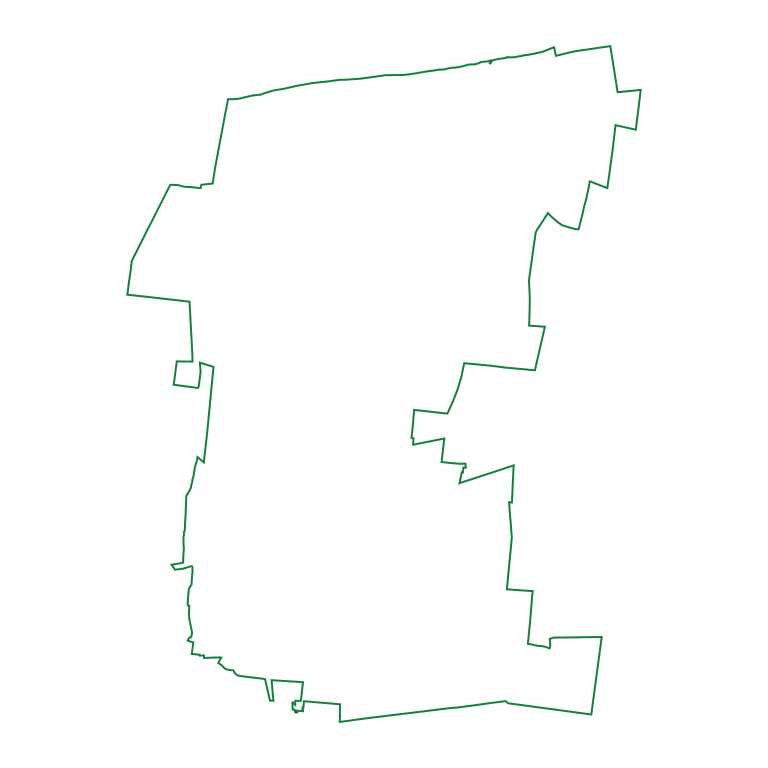 outline of Dzidzantún, Yucatán, Mexico
{"feature_id": "50627088B34380918216366", "entity_name": "Dzidzantún", "entity_type": "district", "adm_level": 2, "iso_a3": "MEX", "parent_name": "Mexico", "parent_adm1": "Yucatán", "projection": "orthographic", "projection_center": [-89.022, 21.289], "detail": "fine", "context": "isolated", "style": "outline", "palette": "green", "viewbox_px": 768, "rotation_deg": 0, "n_neighbors": 0, "source": "geoboundaries", "source_scale": "gbopen_adm2", "svg_char_len": 5334}
<svg xmlns="http://www.w3.org/2000/svg" viewBox="0 0 768 768"><path d="M635.8,129.7L638.3,109.8L640.7,89.9L630.8,90.9L617.6,92.2L615.3,77.6L610.3,46.1L605.1,46.9L595.3,48.3L588.8,49.3L574.8,51.3L571.8,51.9L567.8,52.9L556.0,55.8L554.0,47.3L552.0,48.0L547.5,49.9L542.0,52.0L537.2,52.9L534.8,53.6L527.1,55.0L523.4,55.2L522.5,55.9L518.0,56.4L515.2,57.2L513.8,57.2L508.8,57.4L507.3,57.0L505.8,57.9L502.6,58.4L499.0,58.9L495.3,59.6L492.6,60.3L492.2,60.5L491.3,61.8L491.1,62.5L490.2,63.5L489.8,63.3L490.2,62.7L490.9,61.2L490.7,60.4L489.3,60.8L488.1,61.3L483.7,61.8L480.6,62.0L480.5,62.4L477.2,63.8L475.6,63.9L475.3,64.3L472.4,64.4L469.3,64.5L467.7,64.8L466.8,65.2L464.8,65.6L463.1,66.2L459.1,67.0L457.5,67.3L456.1,67.4L455.2,67.6L454.3,67.8L452.8,67.6L448.7,68.3L444.8,69.3L442.7,69.6L439.6,69.6L434.1,70.5L427.8,71.3L418.8,72.8L414.1,73.6L408.6,74.4L402.6,75.0L393.4,75.1L384.5,75.2L382.7,75.6L379.1,76.1L372.0,77.1L362.4,78.4L360.1,78.7L356.2,79.0L345.9,79.7L339.2,79.9L327.4,81.5L320.2,82.2L311.8,83.2L296.6,85.9L288.6,87.7L284.5,88.7L274.2,90.3L263.6,93.5L260.3,94.8L258.2,94.8L256.1,95.1L253.1,95.4L248.7,96.4L243.7,97.5L240.5,98.5L237.8,98.8L232.5,99.3L228.1,99.1L225.1,114.4L222.3,129.4L215.1,167.8L212.7,183.5L201.4,184.8L200.5,188.2L192.2,187.2L183.8,186.7L178.1,185.1L170.3,184.8L165.2,194.8L151.9,221.1L145.9,232.8L144.5,235.7L134.3,256.0L131.8,260.9L131.5,263.6L131.0,266.8L130.8,269.8L129.0,281.8L128.3,287.4L127.9,290.1L127.8,291.8L127.3,294.7L140.2,296.1L147.1,296.8L160.6,298.4L167.5,299.2L175.9,300.1L189.5,301.7L191.8,344.2L192.3,353.5L192.5,361.5L184.4,361.5L176.8,361.4L174.7,377.4L174.4,379.7L173.7,384.7L198.0,388.0L198.8,385.9L200.6,371.7L199.9,362.6L213.5,366.9L207.2,432.3L203.8,462.4L197.5,457.1L196.8,461.3L196.0,463.4L194.7,468.3L193.9,473.8L193.7,474.7L193.4,476.6L192.4,479.6L192.4,481.2L191.6,484.2L191.2,485.3L190.9,487.5L190.4,488.9L188.9,491.8L186.4,495.7L186.2,498.1L186.0,504.4L185.7,510.3L185.7,510.5L185.7,512.6L185.1,522.4L184.9,528.3L184.7,531.0L183.8,532.3L184.0,534.3L183.5,537.3L183.5,539.7L183.5,544.1L183.9,548.5L183.8,549.6L183.6,551.7L183.0,562.7L175.2,564.2L171.6,564.8L175.0,569.7L183.2,568.7L189.9,566.5L191.9,566.2L192.5,567.2L192.4,569.4L192.6,572.2L192.1,574.4L191.8,580.1L191.6,583.7L191.4,584.9L189.8,587.0L189.0,588.7L188.6,591.3L188.0,599.1L187.7,602.4L187.8,605.0L188.1,605.7L189.3,605.9L189.0,612.2L189.0,615.6L189.3,618.8L192.1,632.7L191.2,637.1L189.5,637.6L188.8,638.5L187.7,640.6L193.4,642.5L191.7,653.9L199.5,654.7L199.5,655.5L204.0,655.5L203.9,657.9L220.5,657.4L221.3,657.7L220.6,658.5L218.3,663.1L219.4,663.7L220.1,664.2L222.1,665.6L223.9,667.7L225.3,668.9L226.0,669.1L228.5,669.8L230.7,670.2L232.1,670.1L233.2,670.3L233.6,670.6L234.4,672.4L236.0,674.3L237.2,675.0L238.7,675.8L240.0,676.0L257.5,678.1L265.0,679.0L270.0,700.6L273.4,700.8L272.7,693.3L271.6,680.2L292.4,681.5L303.0,682.2L302.3,688.1L301.5,695.4L301.3,696.6L300.8,700.9L295.3,700.8L295.2,704.7L292.7,702.3L292.5,702.6L292.7,709.6L294.7,709.7L294.9,711.4L295.8,711.0L295.8,712.5L297.3,712.4L297.3,710.7L303.0,711.2L303.1,709.2L302.5,709.1L302.5,707.5L302.8,707.0L303.5,707.1L303.9,701.2L317.8,702.4L327.5,703.2L340.0,704.3L339.8,716.2L340.1,716.2L339.7,721.9L340.2,721.9L368.6,718.0L376.1,717.1L379.7,716.7L385.5,716.0L391.8,715.2L395.6,714.7L400.1,714.2L419.2,711.9L440.8,709.2L448.9,708.2L457.6,707.5L472.8,705.5L485.8,703.7L494.8,702.5L505.6,701.1L508.2,703.3L530.8,706.3L567.6,711.3L591.3,714.5L595.8,681.0L601.7,637.0L591.8,637.1L587.6,637.2L582.6,637.2L580.9,637.3L576.8,637.3L574.8,637.4L562.6,637.5L561.8,637.5L553.8,637.6L551.9,638.2L549.8,638.9L550.3,645.1L549.7,648.3L544.0,646.5L541.5,646.1L538.3,645.9L533.7,645.0L530.8,644.2L527.9,643.8L528.8,634.8L529.8,624.2L530.2,620.5L531.8,601.0L531.9,597.7L532.3,594.5L532.7,591.1L523.3,590.5L514.7,589.9L506.9,589.3L508.8,568.9L510.2,554.7L511.8,537.7L510.7,522.9L510.6,521.6L509.8,512.3L509.4,506.9L509.1,502.2L511.9,502.6L512.1,498.9L512.3,495.2L512.4,493.4L512.5,491.0L512.6,488.2L512.7,484.7L512.9,481.3L513.0,478.3L513.1,477.4L513.2,474.1L513.6,466.2L513.7,465.9L513.7,465.4L506.8,467.6L503.9,468.6L490.0,473.2L483.0,475.5L476.2,477.7L470.5,479.6L462.0,482.3L459.5,483.2L460.5,478.5L460.9,476.6L461.8,472.3L462.9,472.5L463.3,467.6L465.8,467.7L465.4,463.6L460.2,463.8L451.6,463.1L442.5,462.1L441.6,462.1L443.2,447.7L444.3,438.5L440.8,439.2L433.3,440.7L430.4,441.3L427.3,441.9L420.6,443.2L413.7,444.6L413.1,444.7L413.5,438.3L411.6,438.1L412.4,429.4L413.3,420.0L414.2,409.9L418.2,410.4L424.1,411.0L434.5,412.2L447.4,413.6L453.5,400.0L457.5,389.7L458.9,385.3L461.6,375.8L464.2,363.2L476.7,364.4L479.0,364.6L490.5,365.7L497.7,366.6L500.1,366.9L505.2,367.6L513.5,368.3L534.9,370.3L544.9,326.7L543.1,326.6L529.1,325.6L529.3,320.6L529.7,306.5L529.8,297.5L529.1,282.8L529.0,280.5L529.8,274.1L531.1,265.3L532.6,254.3L533.6,247.1L535.7,232.4L537.3,229.3L538.4,227.8L539.9,225.5L548.0,213.0L548.3,213.4L551.7,217.0L553.1,218.1L555.0,219.8L555.8,220.5L556.2,220.8L557.5,221.9L559.2,223.2L561.9,225.0L563.6,225.6L571.0,228.0L571.5,228.1L574.8,228.9L578.6,229.4L580.9,220.3L581.2,218.9L582.1,215.7L582.7,213.2L583.6,209.1L583.9,207.3L585.2,202.8L586.1,199.4L588.1,190.5L589.5,182.9L589.8,181.4L590.4,181.5L598.5,184.7L601.9,186.0L607.3,188.1L609.2,175.0L611.7,156.5L612.6,150.2L613.8,139.7L615.5,125.2L635.8,129.7Z" fill="none" stroke="#15803d" stroke-width="2"/></svg>